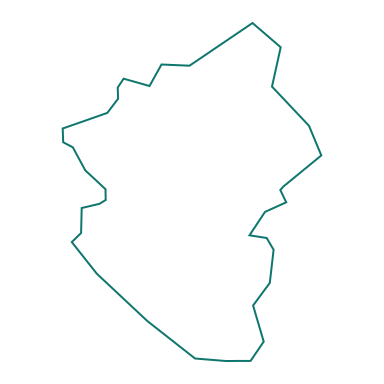 Milton Keynes, orthographic projection
{"feature_id": "GBR-2038", "entity_name": "Milton Keynes", "entity_type": "Unitary Authority", "adm_level": 1, "iso_a3": "GBR", "parent_name": "United Kingdom", "parent_adm1": "", "projection": "orthographic", "projection_center": [-0.733, 52.07], "detail": "fine", "context": "isolated", "style": "outline", "palette": "teal", "viewbox_px": 384, "rotation_deg": 0, "n_neighbors": 0, "source": "natural_earth", "source_scale": "10m", "svg_char_len": 565}
<svg xmlns="http://www.w3.org/2000/svg" viewBox="0 0 384 384"><path d="M225.7,361.0L195.0,358.5L147.4,321.1L96.8,273.7L71.8,242.1L81.1,233.0L81.7,208.0L99.5,203.8L105.7,200.0L105.5,189.2L85.3,170.4L72.8,147.3L63.2,142.3L62.7,128.5L107.3,112.9L118.1,98.7L117.7,87.6L123.6,78.7L149.5,86.0L161.5,64.5L189.5,65.7L252.5,23.0L280.7,47.3L272.0,86.6L309.0,125.8L321.3,155.4L283.4,186.5L280.3,190.0L286.2,202.3L265.0,211.9L249.5,235.3L266.7,238.0L273.6,249.8L269.8,282.9L253.1,305.5L263.7,341.6L250.6,360.9L225.7,361.0Z" fill="none" stroke="#0f766e" stroke-width="2"/></svg>